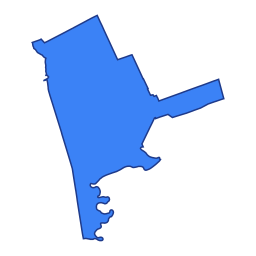 Racovita, Braila, Romania (Natural Earth projection)
{"feature_id": "2599482B6891697866435", "entity_name": "Racovita", "entity_type": "district", "adm_level": 2, "iso_a3": "ROU", "parent_name": "Romania", "parent_adm1": "Braila", "projection": "natural_earth1", "projection_center": [27.452, 45.315], "detail": "fine", "context": "isolated", "style": "filled", "palette": "blue", "viewbox_px": 256, "rotation_deg": 0, "n_neighbors": 0, "source": "geoboundaries", "source_scale": "gbopen_adm2", "svg_char_len": 5415}
<svg xmlns="http://www.w3.org/2000/svg" viewBox="0 0 256 256"><path d="M104.5,203.7L105.0,203.7L105.5,203.7L106.6,203.3L107.2,202.6L107.6,202.0L108.0,201.7L108.3,201.4L109.1,200.8L109.5,199.5L109.3,198.5L109.0,197.7L108.3,197.1L107.2,196.9L106.3,197.3L105.2,197.2L104.1,196.9L103.1,196.7L102.1,196.9L101.2,197.1L99.5,197.5L98.6,197.6L98.0,197.4L97.7,197.0L97.8,196.4L98.2,195.9L98.9,195.6L99.4,195.1L99.7,194.5L99.9,193.6L100.1,192.8L100.2,191.7L100.1,190.8L99.8,190.0L99.5,189.1L98.8,188.1L98.2,187.3L97.5,186.9L97.0,186.8L96.4,186.7L95.6,186.9L95.0,187.3L94.4,187.5L93.4,187.7L92.5,187.6L91.9,187.4L91.2,187.0L90.6,186.3L90.3,185.7L90.2,185.2L90.3,184.5L90.6,183.8L90.9,183.5L92.4,183.8L93.4,184.0L94.1,184.0L94.9,183.9L95.5,183.7L96.9,182.3L99.0,180.1L99.8,179.0L101.2,178.0L102.4,177.0L104.3,176.0L106.5,175.0L108.1,174.4L112.3,172.9L116.6,171.5L120.4,169.6L122.2,168.5L124.2,167.3L125.5,166.8L126.4,166.5L127.5,166.3L128.7,166.2L129.7,166.2L130.6,166.4L131.3,166.7L132.1,167.1L132.7,167.4L133.5,167.5L134.3,167.4L135.4,167.2L136.4,167.0L137.5,166.7L138.4,166.4L139.3,166.4L140.6,166.4L141.9,166.6L142.9,167.1L143.6,168.0L143.9,168.8L144.2,169.3L144.4,169.6L144.8,169.9L145.6,170.2L146.5,170.1L147.4,169.8L149.2,169.1L150.6,168.3L152.8,166.7L155.6,164.5L157.7,162.6L158.1,162.2L158.7,161.7L159.1,161.3L159.5,160.9L159.8,160.5L160.0,160.2L160.2,159.9L160.5,159.4L159.6,159.0L159.6,158.2L159.5,157.6L159.2,157.4L158.8,157.4L158.1,157.6L157.4,158.0L156.4,158.2L155.1,158.1L154.6,158.0L154.1,157.9L153.2,157.7L152.5,157.6L151.8,157.4L151.1,157.2L150.5,157.0L150.0,156.8L149.5,156.6L149.0,156.2L148.5,156.0L148.1,155.5L147.5,155.1L147.0,154.5L146.6,153.9L146.1,153.3L145.8,152.8L145.3,152.4L144.7,152.0L144.3,151.6L143.5,151.1L142.9,150.7L142.5,150.5L141.8,150.0L141.3,149.6L140.9,149.2L140.7,148.9L140.5,148.6L140.5,148.2L140.6,147.9L140.8,147.6L141.1,147.3L141.4,147.1L141.7,147.1L142.1,147.0L142.6,147.0L143.2,146.9L141.9,143.9L142.1,143.6L144.4,138.8L149.1,129.1L149.6,128.0L151.7,123.8L154.5,118.0L155.4,117.7L155.6,118.6L159.2,117.3L159.4,117.2L168.0,114.4L172.4,117.5L172.7,117.4L177.8,115.8L178.1,115.7L185.6,113.4L185.8,113.4L193.2,110.7L193.3,110.6L200.6,108.0L200.8,107.9L207.7,104.2L207.8,104.1L215.2,101.5L215.4,101.5L219.7,100.0L222.1,99.2L222.8,99.0L222.9,98.9L223.8,98.7L223.3,96.9L219.8,83.9L218.7,79.8L218.6,79.3L214.8,80.7L214.6,80.7L207.1,83.5L201.1,85.7L199.6,86.2L192.1,88.9L184.4,91.7L180.7,93.1L177.1,94.4L169.6,97.1L161.6,100.0L158.9,101.0L157.4,97.4L157.1,97.1L156.4,95.5L154.1,96.4L153.0,94.8L152.9,94.8L151.4,95.2L151.1,95.0L150.5,95.2L147.5,89.0L148.1,88.7L143.4,78.8L143.1,78.9L137.6,66.9L132.0,54.8L131.2,55.0L128.6,55.9L125.3,57.1L117.6,59.7L115.3,54.7L109.2,41.4L107.2,37.1L104.1,30.4L102.1,25.9L100.2,22.0L97.2,15.4L94.9,16.5L93.9,17.0L90.9,18.5L88.9,19.6L87.3,20.4L87.0,20.6L85.7,21.3L81.6,23.5L81.0,23.8L76.5,26.2L69.9,29.7L47.8,41.2L44.5,42.8L41.1,39.1L40.0,39.8L32.2,42.5L32.6,43.2L32.7,44.2L33.0,46.0L33.5,47.0L33.9,48.5L34.8,49.1L35.5,49.6L37.2,52.1L37.8,52.7L38.6,53.1L41.1,54.6L42.4,55.2L43.0,56.1L44.3,57.4L45.9,58.2L45.5,59.4L45.3,61.5L45.3,62.6L45.7,64.8L45.8,65.3L45.8,66.3L45.6,67.4L45.8,68.0L45.9,69.5L45.8,71.3L46.6,74.5L46.4,74.8L46.1,75.0L45.8,75.2L45.9,75.4L46.9,75.3L47.6,75.8L48.6,77.0L48.4,77.3L47.9,78.1L47.5,78.5L46.8,78.9L46.0,79.3L45.4,79.7L44.3,80.1L44.0,80.4L44.0,80.5L44.5,80.4L45.0,80.3L45.8,80.0L46.3,79.9L46.9,79.8L47.1,80.1L47.2,80.6L47.3,81.0L47.3,81.3L47.6,82.7L48.2,87.7L48.2,88.5L48.3,89.3L48.7,91.2L49.6,94.2L49.7,94.7L51.7,101.0L53.7,107.4L61.4,132.1L61.9,134.1L66.2,148.2L69.2,158.1L71.1,164.4L71.1,164.5L72.3,168.5L72.7,171.0L73.4,175.6L75.3,187.5L75.7,190.1L75.8,190.4L76.9,197.7L77.3,200.8L78.6,209.2L82.5,234.0L82.7,235.0L83.4,238.7L85.8,238.4L89.1,239.0L89.3,239.0L89.7,239.0L89.9,239.1L90.1,239.3L91.5,239.3L92.8,239.3L93.1,239.3L93.3,239.1L93.5,239.0L94.2,238.7L94.9,238.6L95.6,238.7L96.0,238.8L96.5,239.0L97.3,239.5L97.9,239.9L98.9,240.3L99.9,240.6L100.8,240.6L101.9,240.5L102.6,240.1L103.0,239.3L102.8,238.3L102.1,237.6L101.4,237.3L100.7,237.2L99.9,237.3L99.0,237.6L98.1,237.7L97.4,237.6L96.7,237.1L95.8,236.1L95.4,235.6L94.9,234.8L94.7,234.5L94.6,234.0L94.6,233.4L94.6,233.0L94.9,232.4L95.1,231.8L95.6,231.2L96.2,230.5L96.6,230.1L96.8,229.8L97.1,229.6L97.5,229.3L97.8,229.2L98.0,229.0L98.6,228.8L99.2,228.6L99.8,228.3L100.2,228.1L100.5,227.8L100.9,227.5L101.0,227.3L101.2,226.8L101.2,226.6L101.2,226.3L101.1,225.9L101.0,225.4L100.9,225.1L100.7,224.4L100.6,224.2L100.6,223.9L100.6,223.6L100.7,223.3L101.1,223.1L101.6,223.0L101.9,223.0L102.5,222.9L103.1,223.0L103.7,223.0L104.1,223.1L104.6,223.1L105.1,223.0L105.6,223.0L106.3,222.7L107.0,222.4L107.3,222.1L107.7,221.6L108.1,221.1L108.4,220.4L108.5,219.5L108.5,219.1L108.7,218.6L109.1,218.1L109.6,217.4L110.1,217.0L110.5,216.7L111.2,216.7L111.6,216.5L112.1,215.6L112.5,215.1L112.8,214.5L113.2,213.4L113.3,213.0L113.4,212.6L113.4,212.1L113.3,211.6L113.0,210.9L112.6,210.4L112.0,210.0L111.3,209.9L110.6,210.1L110.1,210.6L109.9,211.4L109.8,211.9L109.5,212.6L108.8,213.1L107.8,213.3L107.0,213.5L106.0,213.8L104.8,213.9L104.1,213.9L103.2,213.6L102.3,213.3L101.4,212.8L101.1,212.6L100.9,212.2L100.6,211.8L100.4,211.5L100.1,211.2L99.5,210.9L98.8,210.7L97.8,210.1L97.1,209.6L96.7,209.1L96.5,208.2L96.4,206.8L96.4,206.3L96.6,205.1L97.0,204.3L97.6,203.7L98.2,203.2L99.1,202.9L100.1,202.7L101.6,202.7L102.9,203.1L103.7,203.3L104.5,203.7Z" fill="#3b82f6" stroke="#1e3a8a" stroke-width="1.5"/></svg>